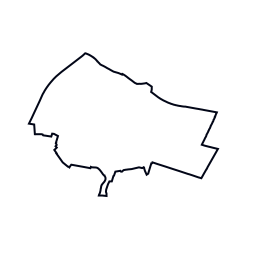 Schiedam, Zuid-Holland, Netherlands, rotated 131°
{"feature_id": "6326949B24591073914340", "entity_name": "Schiedam", "entity_type": "district", "adm_level": 2, "iso_a3": "NLD", "parent_name": "Netherlands", "parent_adm1": "Zuid-Holland", "projection": "robinson", "projection_center": [4.387, 51.93], "detail": "fine", "context": "isolated", "style": "outline", "palette": "ink", "viewbox_px": 256, "rotation_deg": 131, "n_neighbors": 0, "source": "geoboundaries", "source_scale": "gbopen_adm2", "svg_char_len": 5118}
<svg xmlns="http://www.w3.org/2000/svg" viewBox="0 0 256 256"><g transform="rotate(131 128 128)"><path d="M117.8,39.7L116.7,39.9L112.0,40.9L110.3,41.2L108.6,41.6L107.9,41.6L107.6,41.7L107.4,41.7L107.3,41.8L107.1,41.8L106.9,41.8L106.6,41.9L106.4,41.9L106.2,42.0L105.6,42.2L87.7,45.8L84.8,46.4L87.3,51.2L88.4,53.4L89.1,54.7L90.0,56.5L91.0,58.5L92.2,61.3L90.8,61.7L89.5,62.0L88.0,62.4L86.4,62.8L85.2,63.2L84.0,63.4L82.8,63.7L81.9,64.1L81.4,64.4L80.5,64.5L79.3,64.8L78.4,65.0L78.0,65.1L77.8,65.3L77.5,65.4L77.2,65.4L76.9,65.4L76.3,65.7L75.6,65.9L74.6,66.0L73.2,66.5L72.7,66.6L72.3,66.9L69.5,67.5L68.6,67.8L68.0,68.0L67.8,68.1L67.4,68.0L67.2,68.1L66.5,68.3L65.8,68.7L65.7,68.8L64.7,68.9L64.1,69.1L63.8,69.2L62.7,69.5L62.4,69.6L61.8,69.9L61.9,70.0L61.1,70.2L60.2,70.5L59.7,70.8L59.2,70.8L58.5,71.0L57.9,71.2L64.7,82.7L65.3,83.8L66.4,85.6L67.4,87.3L68.7,89.4L71.2,93.6L74.4,99.0L75.1,99.8L75.6,100.5L76.5,101.9L77.2,103.1L77.5,103.5L78.5,105.2L78.8,105.8L79.0,106.2L79.2,106.5L79.5,107.0L79.6,107.3L80.5,109.0L80.7,109.6L81.3,111.0L81.6,111.6L81.6,111.9L82.0,112.8L82.8,115.1L82.9,115.6L83.4,117.4L84.0,119.5L84.1,120.1L84.5,122.0L84.7,123.1L84.7,123.4L84.8,123.6L84.8,123.9L84.8,124.1L84.9,124.6L85.0,125.2L85.0,125.4L85.4,131.5L85.6,134.2L84.5,134.7L84.2,134.9L83.6,135.2L83.2,135.5L82.5,136.1L81.2,137.2L82.0,143.7L82.3,143.9L82.5,144.0L82.8,144.2L83.2,144.5L83.3,144.6L84.8,145.9L85.8,146.8L86.1,147.1L86.6,147.7L86.9,148.1L88.5,149.8L88.7,150.0L88.8,150.2L88.9,150.3L88.9,150.5L89.4,152.2L89.5,152.8L89.7,156.2L89.8,157.5L89.9,158.3L90.1,160.9L90.1,161.7L90.2,163.1L90.2,163.6L90.3,164.0L90.3,164.6L90.4,165.1L90.5,165.8L90.6,166.5L90.9,167.7L91.6,167.5L92.2,169.5L92.8,171.3L92.9,171.5L94.9,175.8L95.1,176.6L95.6,179.0L96.0,181.1L96.5,183.1L96.5,183.3L96.6,183.7L96.8,185.0L97.4,187.6L97.7,188.5L98.2,190.6L97.9,192.7L98.0,192.9L97.7,194.8L97.8,194.9L97.7,195.1L97.7,195.4L97.7,195.6L97.6,195.9L97.6,196.1L97.5,196.5L97.5,196.9L97.5,197.2L97.4,197.5L97.4,198.0L97.4,198.8L97.4,199.4L97.4,199.9L97.4,200.0L97.5,200.0L97.6,201.7L97.7,201.9L97.7,202.3L97.8,202.8L97.8,203.0L97.9,203.5L98.0,203.9L98.0,204.2L98.1,204.4L98.1,204.6L98.2,204.9L98.2,205.1L98.3,205.3L98.3,205.6L98.4,205.8L98.5,206.0L98.5,206.3L98.6,206.5L98.8,207.0L98.9,207.4L99.0,207.7L99.1,207.9L99.2,208.1L99.2,208.3L99.3,208.6L99.4,208.8L99.5,209.0L99.7,209.3L100.6,209.4L103.2,209.7L104.8,210.0L106.2,210.3L117.1,212.5L129.3,215.0L135.2,215.9L136.7,216.1L137.0,216.1L138.4,216.2L139.6,216.3L141.0,216.3L142.3,216.3L143.4,216.3L144.3,216.3L147.3,216.2L150.6,215.9L152.2,215.7L153.5,215.5L154.8,215.3L156.0,215.0L157.1,214.8L158.2,214.6L159.0,214.4L165.5,212.4L177.8,208.9L183.7,207.2L189.7,205.6L186.9,201.1L193.8,194.2L193.3,193.6L193.1,193.4L189.5,189.3L188.9,188.2L189.0,188.0L189.0,187.9L189.1,187.7L189.2,187.4L189.2,187.2L187.7,184.9L184.8,180.3L182.0,181.5L181.0,180.0L180.0,175.6L186.2,172.8L186.2,172.7L186.3,172.7L186.5,172.6L186.6,172.4L186.8,172.3L187.0,172.3L187.1,172.0L187.2,171.4L187.3,171.2L187.5,170.8L187.6,170.7L187.8,170.7L189.3,170.7L189.4,169.6L189.5,168.9L192.9,169.2L193.9,165.3L194.2,165.4L196.8,154.7L196.6,147.9L196.3,147.6L196.2,146.4L195.9,146.5L195.7,146.5L195.4,146.5L194.6,146.6L193.9,146.7L193.4,146.7L192.9,146.7L186.4,135.8L183.0,130.0L182.6,130.1L181.7,130.5L181.5,129.8L181.4,129.6L181.3,129.4L181.1,129.2L180.8,128.7L180.5,128.4L180.1,127.8L180.0,127.7L179.8,127.5L179.5,127.1L179.3,126.9L179.2,126.7L178.8,126.2L178.6,125.8L178.5,125.6L178.3,125.2L178.2,124.8L178.2,124.6L178.1,124.4L178.1,124.2L178.1,123.7L178.1,123.3L178.1,122.7L178.1,122.3L178.2,122.0L178.2,121.6L178.3,121.2L178.4,120.5L178.6,119.6L178.7,119.1L178.8,118.7L178.9,118.4L179.1,117.4L179.3,116.8L179.4,116.5L179.4,116.0L179.5,114.6L179.4,114.5L179.5,114.4L179.6,114.2L179.6,113.9L179.8,113.4L179.9,113.1L180.0,112.9L180.1,112.7L180.4,112.3L180.6,112.1L180.9,111.8L181.0,111.7L181.3,111.5L181.6,111.3L181.7,111.2L182.0,111.1L182.3,111.0L182.7,110.9L183.0,110.8L183.4,110.7L183.9,110.7L184.2,110.6L184.6,110.6L184.9,110.6L185.1,110.6L185.8,110.6L186.4,110.6L187.1,110.6L187.4,110.5L187.5,110.5L187.8,110.5L188.1,110.5L188.3,110.4L188.6,110.4L188.9,110.3L189.0,110.2L189.4,110.0L189.9,109.8L190.3,109.5L191.3,108.9L191.7,108.7L192.0,108.6L192.6,108.1L193.0,107.9L193.6,107.5L194.9,106.9L195.0,106.8L195.1,106.7L195.5,106.6L196.1,106.4L197.3,106.1L198.1,105.7L197.3,104.8L197.0,104.4L195.8,103.1L195.7,102.9L193.4,99.6L191.5,101.3L190.7,102.7L189.9,103.3L188.7,104.1L183.6,106.2L180.5,107.0L178.9,105.2L173.8,107.5L173.2,107.3L169.2,108.9L165.6,105.9L165.4,105.8L165.5,104.6L164.8,103.9L164.3,103.9L163.7,103.8L162.7,103.7L162.0,103.1L161.8,103.0L160.6,102.0L160.3,101.7L160.0,101.4L159.7,101.2L158.4,100.0L157.9,99.5L156.6,98.3L150.5,93.9L149.0,91.1L148.6,90.8L148.2,90.7L147.3,90.4L147.4,89.8L147.5,89.7L147.8,89.4L149.3,87.0L150.9,83.5L151.0,83.3L149.2,82.8L148.6,83.1L141.5,86.3L140.0,86.9L139.5,87.2L139.3,87.0L139.1,86.8L138.7,86.7L137.9,87.0L137.1,85.1L135.9,82.2L132.4,74.1L129.2,66.5L126.8,60.9L125.3,57.3L124.5,55.4L123.3,52.5L122.7,51.3L121.6,48.7L119.0,42.3L118.4,41.1L117.8,39.7Z" fill="none" stroke="#020617" stroke-width="2"/></g></svg>